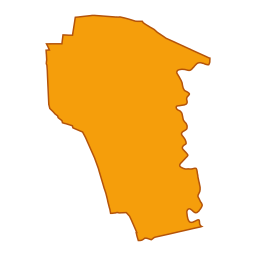 Vladesti, Galati, Romania
{"feature_id": "2599482B37286329555394", "entity_name": "Vladesti", "entity_type": "district", "adm_level": 2, "iso_a3": "ROU", "parent_name": "Romania", "parent_adm1": "Galati", "projection": "mercator", "projection_center": [28.094, 45.834], "detail": "fine", "context": "isolated", "style": "filled", "palette": "amber", "viewbox_px": 256, "rotation_deg": 0, "n_neighbors": 0, "source": "geoboundaries", "source_scale": "gbopen_adm2", "svg_char_len": 5137}
<svg xmlns="http://www.w3.org/2000/svg" viewBox="0 0 256 256"><path d="M201.7,226.5L201.5,226.4L201.1,226.1L200.6,225.7L199.9,224.6L199.7,224.0L199.6,223.4L199.5,222.8L199.5,222.0L199.3,220.6L199.0,220.0L198.4,219.8L197.7,219.9L196.5,220.4L195.4,221.0L194.2,221.5L193.0,222.1L191.7,222.4L190.1,222.2L189.2,221.5L188.9,221.0L188.5,220.4L188.0,219.3L187.8,218.5L187.5,217.2L187.2,215.8L187.1,214.6L186.9,213.2L186.8,211.9L186.9,211.2L187.4,210.0L187.8,209.5L188.3,209.1L189.0,208.8L189.6,208.8L190.2,209.0L191.3,209.7L192.2,210.4L193.2,211.4L194.2,212.2L194.8,212.5L195.3,212.7L196.0,212.7L196.7,212.6L197.3,212.3L197.7,211.9L198.8,211.1L199.5,210.0L200.7,208.5L201.3,207.4L201.7,206.8L202.1,205.6L202.2,205.0L201.9,204.1L201.7,203.6L201.5,203.1L200.7,202.1L200.4,201.5L199.8,200.4L199.3,199.2L198.7,198.1L198.1,196.9L197.9,196.3L198.0,195.6L198.1,195.0L198.4,194.4L199.0,193.2L199.5,192.1L199.8,191.4L200.0,190.1L200.1,189.5L200.1,188.8L200.1,187.5L200.0,186.8L199.9,186.2L199.6,184.9L199.4,183.7L199.1,182.4L198.8,181.2L198.3,178.7L197.9,176.9L197.8,175.6L197.7,175.0L197.3,173.0L197.2,171.9L197.0,170.8L196.7,169.6L196.2,168.5L195.6,168.3L195.0,168.3L194.4,168.3L193.2,168.6L192.1,168.9L190.9,169.0L189.6,169.0L189.0,168.9L187.8,168.9L186.6,169.0L185.3,169.0L184.8,168.8L183.6,168.5L183.1,168.3L181.9,167.7L180.9,167.2L180.4,166.8L179.8,166.1L179.7,165.2L179.8,164.6L180.1,164.0L180.5,163.6L181.2,162.6L181.7,162.2L182.1,161.8L182.9,160.9L185.0,158.7L185.8,157.8L187.0,156.6L187.4,156.1L187.8,155.5L187.8,155.0L187.5,154.4L187.1,153.9L186.4,153.0L185.6,152.1L184.8,151.3L183.1,149.5L182.7,149.0L182.5,148.5L182.3,147.9L182.6,146.7L183.3,145.8L183.8,145.3L184.3,145.0L185.8,144.0L186.1,143.5L186.1,142.9L185.9,141.7L185.5,140.6L185.3,140.0L185.0,139.5L184.4,138.4L183.7,137.5L183.0,136.5L182.2,135.6L181.6,134.5L181.5,133.4L182.1,132.3L183.0,131.5L183.5,131.2L184.6,130.6L185.6,129.9L186.0,129.6L186.6,129.1L186.9,128.5L187.0,127.8L187.1,127.2L187.1,125.9L186.9,125.3L186.2,123.6L185.8,123.1L185.3,122.6L184.5,121.7L183.7,120.6L183.4,120.0L183.2,119.4L182.9,118.1L182.7,116.9L182.4,115.5L182.3,115.0L182.0,113.7L181.8,113.2L181.5,112.6L181.1,112.1L180.2,111.1L179.7,110.8L179.1,110.5L178.5,110.3L178.0,110.0L176.9,109.2L176.2,107.8L176.2,107.4L176.3,106.7L176.7,106.2L177.3,106.0L177.9,105.8L179.2,105.7L181.7,105.3L184.3,104.9L186.0,104.2L186.5,103.8L186.8,103.3L187.1,102.7L187.1,101.5L187.0,100.8L186.8,100.2L186.6,99.0L186.8,97.7L187.1,97.1L187.5,96.6L188.4,95.6L189.2,94.6L189.4,94.0L189.2,93.5L188.7,93.0L188.2,92.6L187.2,91.9L186.0,91.3L184.9,90.7L184.4,90.3L183.7,89.1L183.1,87.9L182.5,85.4L182.1,83.0L181.9,82.4L181.5,81.4L181.1,80.5L180.5,79.4L179.9,78.3L179.1,76.8L178.3,75.5L177.6,74.3L177.0,73.4L176.8,72.8L176.8,72.1L176.9,71.5L177.3,70.8L177.8,70.3L178.3,70.0L179.2,69.7L180.3,69.5L181.6,69.3L182.5,69.3L183.7,69.4L184.9,69.5L186.1,69.8L187.2,70.1L188.8,70.4L189.3,70.4L189.9,70.3L190.4,70.1L191.1,69.7L191.7,69.2L192.4,68.5L192.9,67.8L193.4,67.5L194.4,66.2L195.2,65.3L196.0,64.5L196.8,63.7L197.4,63.3L198.1,63.0L198.7,62.8L199.5,62.7L200.3,62.7L201.2,62.8L201.8,63.0L202.4,63.2L202.9,63.3L203.6,63.4L204.4,63.8L205.1,64.1L205.7,64.3L206.9,64.6L208.1,64.8L208.7,64.7L209.0,64.2L209.3,63.6L209.5,63.0L209.7,62.4L209.8,61.9L209.8,60.7L209.9,59.5L209.9,58.1L209.3,58.0L208.3,57.6L206.0,56.5L195.4,51.7L185.2,47.0L176.7,43.1L165.9,38.2L163.7,36.6L157.4,32.4L154.2,29.5L152.2,28.3L150.2,27.2L145.6,24.4L143.2,22.7L142.3,21.3L137.6,21.3L135.5,21.2L131.1,19.8L130.4,19.6L128.4,19.0L124.7,18.0L121.6,17.3L120.3,17.0L119.8,16.9L119.6,17.0L119.2,17.1L115.1,17.0L114.1,16.9L94.4,15.4L93.5,15.4L92.2,15.4L90.9,15.6L86.3,16.1L82.6,16.5L78.4,17.0L76.3,17.2L75.3,17.3L75.2,17.9L75.0,19.2L74.4,23.3L72.5,35.2L69.7,35.2L68.6,35.2L65.8,35.0L63.0,34.9L61.9,43.8L55.2,43.8L52.1,43.8L46.5,43.9L47.9,46.6L49.4,50.0L48.3,50.0L47.6,50.1L46.8,50.2L46.1,50.2L46.2,52.0L46.3,53.5L46.4,54.3L46.5,56.3L46.7,59.9L46.5,61.3L46.3,63.4L46.4,64.0L46.7,64.7L46.9,65.2L47.3,70.6L47.5,76.0L48.7,102.5L48.8,104.6L49.0,105.2L49.8,108.5L52.4,111.0L52.9,111.5L54.0,112.7L55.0,113.9L56.5,115.0L57.7,116.0L58.1,117.6L58.7,118.1L59.4,118.7L59.7,118.9L61.9,120.6L62.5,122.8L63.1,122.9L64.1,123.3L65.0,123.5L65.9,123.7L71.3,125.4L72.4,125.8L72.9,127.8L74.6,128.6L82.6,132.0L85.2,136.9L86.2,139.0L87.1,141.1L94.6,158.0L98.4,168.5L99.2,171.4L102.9,183.9L104.3,188.7L104.6,189.4L105.9,193.4L107.5,199.8L107.6,200.4L107.8,201.5L109.3,207.4L109.8,209.1L110.0,209.8L110.0,210.0L110.6,213.3L112.3,213.3L113.7,213.1L115.4,212.9L115.8,212.9L116.3,212.6L117.1,212.5L117.3,212.6L117.9,212.5L119.0,212.9L126.1,212.6L126.3,212.6L129.5,216.1L130.7,218.6L131.6,220.5L132.7,223.1L133.3,224.4L133.8,225.6L135.3,229.0L136.8,232.6L136.2,232.7L136.9,235.7L137.0,236.2L138.3,240.5L140.2,240.5L141.7,240.2L142.3,239.9L143.3,239.3L144.5,238.4L145.0,238.1L145.3,238.2L145.8,238.2L146.0,238.2L146.5,238.2L146.9,238.3L147.3,238.4L147.7,238.5L150.9,239.6L151.3,239.7L151.8,239.4L153.8,237.8L154.5,237.4L155.4,237.1L168.9,234.1L180.1,231.5L182.8,230.9L191.9,228.8L193.2,228.5L198.2,227.4L199.7,227.1L200.5,226.9L200.8,226.8L201.7,226.5Z" fill="#f59e0b" stroke="#b45309" stroke-width="1.5"/></svg>